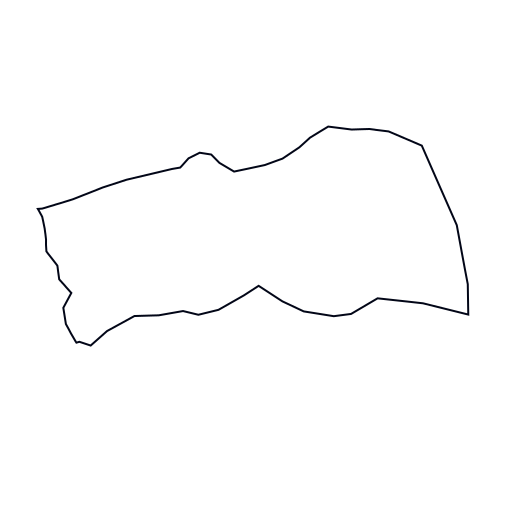 Nitega, Southern Darfur, Sudan, rotated 254°
{"feature_id": "16777658B78746843728772", "entity_name": "Nitega", "entity_type": "district", "adm_level": 2, "iso_a3": "SDN", "parent_name": "Sudan", "parent_adm1": "Southern Darfur", "projection": "robinson", "projection_center": [25.325, 12.6], "detail": "fine", "context": "isolated", "style": "outline", "palette": "ink", "viewbox_px": 512, "rotation_deg": 254, "n_neighbors": 0, "source": "geoboundaries", "source_scale": "gbopen_adm2", "svg_char_len": 1576}
<svg xmlns="http://www.w3.org/2000/svg" viewBox="0 0 512 512"><g transform="rotate(254 256 256)"><path d="M217.4,216.7L221.5,233.6L226.6,250.3L205.1,268.9L189.6,286.6L176.7,314.2L174.1,331.4L181.8,361.2L170.5,388.9L164.5,403.5L141.2,443.9L170.5,451.8L184.9,453.1L201.6,454.7L230.3,457.5L279.4,450.8L316.4,445.8L339.2,417.8L344.5,405.3L344.6,405.2L346.8,400.1L348.6,393.1L351.2,382.8L360.5,361.1L358.1,352.2L354.8,340.3L354.5,339.8L350.3,331.3L348.5,327.6L342.3,308.3L341.9,302.2L341.0,289.6L342.2,272.0L343.2,258.2L355.6,246.5L365.4,241.2L365.9,240.9L370.8,230.3L370.5,228.9L368.5,218.1L363.2,209.7L361.9,207.5L362.8,199.4L365.0,152.6L364.2,130.1L364.1,127.4L362.4,110.3L362.1,106.8L361.8,103.9L361.3,98.8L361.0,95.5L360.7,81.8L360.7,77.7L360.6,75.4L360.6,72.4L360.6,71.9L360.5,66.6L360.5,65.7L360.5,64.1L360.5,63.5L361.4,59.3L359.8,59.7L356.2,60.5L354.1,61.0L353.6,61.1L353.4,61.1L353.0,61.2L352.6,61.3L348.1,61.0L340.5,60.4L336.6,59.8L335.1,59.6L329.7,58.7L324.9,57.3L324.1,57.1L318.2,55.8L315.2,56.9L315.0,57.0L309.6,59.2L307.6,60.0L304.1,61.4L301.5,62.4L299.9,62.2L295.5,61.5L287.8,60.4L286.8,60.9L286.3,61.1L286.0,61.2L285.9,61.3L285.4,61.6L285.0,61.8L284.5,62.0L283.6,62.4L283.4,62.5L282.9,62.8L280.2,64.1L279.5,64.4L278.4,64.9L275.1,66.5L274.9,66.6L274.5,66.8L273.4,67.3L272.4,67.8L271.8,68.1L271.4,68.3L259.3,56.5L243.0,54.5L237.8,55.7L232.5,56.8L227.4,58.1L223.8,59.0L222.2,59.5L222.2,62.6L215.5,72.4L224.9,92.1L227.2,102.3L231.8,122.6L227.3,140.3L225.8,146.1L223.2,170.7L215.4,184.4L214.6,205.1L217.4,216.7Z" fill="none" stroke="#020617" stroke-width="2"/></g></svg>